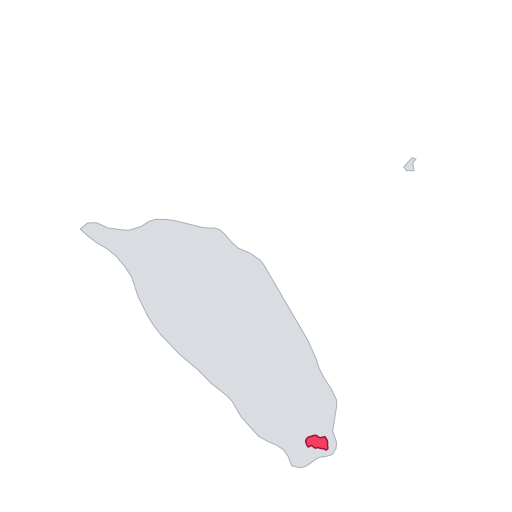 location of Taipei City within Taiwan, rotated 120°
{"feature_id": "TWN-1166", "entity_name": "Taipei City", "entity_type": "Special Municipality", "adm_level": 1, "iso_a3": "TWN", "parent_name": "Taiwan", "parent_adm1": "", "projection": "albers", "projection_center": [121.562, 25.088], "detail": "fine", "context": "in_parent", "style": "filled", "palette": "rose", "viewbox_px": 512, "rotation_deg": 120, "n_neighbors": 0, "source": "natural_earth", "source_scale": "10m", "svg_char_len": 1443}
<svg xmlns="http://www.w3.org/2000/svg" viewBox="0 0 512 512"><g transform="rotate(120 256 256)"><path d="M336.4,353.0L330.7,364.5L326.1,376.7L324.2,388.3L324.2,400.2L322.9,410.9L320.6,421.6L311.7,418.4L306.9,410.8L305.8,398.3L299.5,383.2L297.1,378.8L287.9,370.3L279.5,366.0L273.0,359.7L273.9,360.2L269.1,351.8L265.6,342.8L258.3,317.4L255.7,311.2L252.3,305.6L251.4,300.0L252.7,293.9L256.0,284.7L258.1,275.4L256.6,262.8L257.4,250.3L259.8,244.8L303.0,169.1L314.6,153.0L321.7,145.1L327.6,136.1L333.3,124.8L340.2,114.5L345.1,111.3L369.3,102.1L376.9,93.2L382.9,90.4L389.7,90.6L394.2,94.8L398.1,99.9L402.2,102.6L412.9,107.5L417.6,112.2L419.8,120.4L413.3,128.2L410.1,135.2L409.5,142.9L410.7,153.3L410.8,163.8L402.7,188.5L393.9,203.8L391.5,211.5L388.8,230.5L383.6,249.5L379.2,273.6L371.9,298.5L367.8,308.9L362.7,318.8L350.3,337.6L336.4,353.0ZM103.1,161.8L106.9,168.4L105.1,172.5L92.8,170.0L92.2,166.0L96.9,166.9L103.1,161.8Z" fill="#d9dde1" stroke="#a8b0b8" stroke-width="1"/><path d="M387.1,97.5L388.4,97.9L389.1,98.6L388.9,99.9L389.1,101.0L389.6,102.1L390.2,103.4L391.0,106.8L392.4,108.0L392.9,109.5L392.4,111.7L392.4,113.4L394.0,114.3L395.3,115.4L394.6,116.9L392.0,120.1L390.6,120.7L388.6,120.7L386.9,120.3L385.7,119.2L384.4,117.8L382.4,116.2L381.1,113.9L381.6,111.4L381.2,109.3L379.3,107.4L378.0,105.9L378.5,104.9L379.1,104.1L379.8,102.6L381.1,101.2L384.8,99.0L385.8,98.1L387.1,97.5Z" fill="#f43f5e" stroke="#9f1239" stroke-width="1.5"/></g></svg>